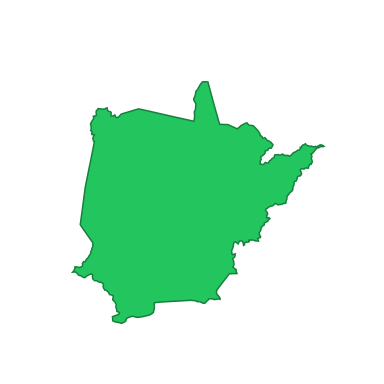 Quixeramobim, Ceará, Brazil (Mercator projection), rotated 70°
{"feature_id": "56859067B28846825855814", "entity_name": "Quixeramobim", "entity_type": "district", "adm_level": 2, "iso_a3": "BRA", "parent_name": "Brazil", "parent_adm1": "Ceará", "projection": "mercator", "projection_center": [-39.308, -5.193], "detail": "fine", "context": "isolated", "style": "filled", "palette": "green", "viewbox_px": 384, "rotation_deg": 70, "n_neighbors": 0, "source": "geoboundaries", "source_scale": "gbopen_adm2", "svg_char_len": 6025}
<svg xmlns="http://www.w3.org/2000/svg" viewBox="0 0 384 384"><g transform="rotate(70 192 192)"><path d="M284.0,177.6L281.6,177.7L280.2,177.0L279.3,177.5L278.5,178.2L277.5,178.7L276.4,179.1L275.0,177.7L274.1,177.1L273.0,177.0L271.3,176.5L270.0,176.6L268.5,176.5L268.1,175.3L267.6,174.0L266.1,173.1L265.0,172.5L264.7,174.2L264.7,175.3L263.7,175.7L262.5,175.2L261.1,175.1L260.0,174.1L258.4,172.7L256.8,171.6L255.2,170.9L253.8,169.5L253.7,168.2L254.8,167.4L256.6,166.5L255.5,165.3L254.4,164.2L254.7,162.6L255.5,161.5L257.1,161.4L258.5,161.5L259.8,161.8L259.5,160.7L258.3,160.1L257.4,159.1L258.3,156.6L258.2,155.2L256.7,155.2L257.0,154.1L257.5,152.7L257.7,151.7L258.4,150.5L259.6,149.2L260.2,147.6L260.9,146.3L258.2,146.2L258.0,144.8L258.2,143.4L257.2,142.7L256.1,143.2L254.8,143.0L253.7,143.1L252.9,142.3L251.8,140.8L250.6,140.0L249.4,139.2L248.7,138.3L248.0,137.1L247.7,135.4L246.2,134.8L245.8,133.8L245.6,132.5L245.5,130.8L244.5,130.1L244.1,128.9L243.5,127.8L242.4,128.5L241.7,130.6L240.7,130.2L239.6,130.0L239.2,129.0L238.2,128.3L236.8,128.3L235.6,128.8L234.2,129.0L233.2,128.1L233.0,126.7L232.3,124.5L232.3,122.4L232.6,120.9L231.7,118.7L231.3,117.4L233.7,115.3L233.6,114.2L234.0,113.2L234.3,111.5L233.9,109.8L234.5,108.8L234.6,107.7L232.1,106.4L231.2,105.3L229.8,104.8L228.3,103.9L227.7,102.8L227.2,101.6L226.2,100.6L225.7,98.7L225.1,97.4L224.5,96.6L223.5,96.1L222.4,96.1L221.7,95.1L220.5,94.1L219.4,93.3L218.1,92.9L217.3,92.0L217.4,90.6L216.2,89.3L215.0,88.4L213.6,87.6L213.6,86.2L213.9,85.0L213.2,83.5L212.1,82.7L210.6,82.6L208.6,82.9L207.8,82.0L207.6,81.0L208.1,80.1L208.8,79.0L208.2,77.2L208.9,75.8L209.4,74.4L207.8,73.7L207.1,72.4L206.1,71.5L206.7,70.5L204.7,68.5L202.8,68.5L201.3,68.4L199.9,67.3L198.6,67.1L196.8,67.1L197.1,66.0L196.5,64.9L195.1,62.5L193.6,59.9L193.6,58.8L193.7,56.9L193.2,55.1L194.2,53.8L194.3,52.4L193.3,52.9L192.4,53.7L191.6,55.2L191.6,56.4L191.9,57.7L192.1,59.7L191.3,60.4L191.3,61.7L190.6,63.2L189.6,64.2L189.6,65.4L188.7,66.4L187.9,67.6L186.8,68.6L185.5,68.8L185.7,69.9L185.8,71.7L186.4,73.2L187.5,73.9L187.0,75.0L188.5,75.5L189.1,76.9L188.9,78.2L189.3,79.6L189.6,80.7L189.7,82.1L189.8,83.6L190.8,85.1L191.1,86.3L191.7,87.1L191.7,88.2L190.5,89.1L190.1,90.2L189.6,91.4L189.3,92.7L188.3,93.1L187.3,94.0L187.6,95.6L187.2,97.3L186.2,98.4L186.0,99.8L185.4,101.3L186.2,102.2L187.2,102.7L187.9,103.7L187.8,105.1L188.9,106.8L189.1,108.4L190.2,109.4L190.9,110.7L190.0,112.1L189.2,113.0L190.1,114.1L190.5,116.0L189.6,117.4L188.9,118.4L188.0,117.9L186.9,117.7L185.9,116.9L185.2,115.9L184.3,115.7L183.0,115.4L182.0,114.8L182.1,113.6L181.7,112.4L181.1,111.1L180.4,110.0L179.3,109.6L178.4,108.9L178.7,107.5L178.5,106.1L177.5,105.4L177.3,104.1L177.9,102.6L176.1,100.3L174.9,99.7L173.5,100.5L172.3,100.8L171.2,101.8L170.1,102.4L169.4,103.5L168.3,104.1L167.0,104.4L165.8,104.9L166.0,106.1L165.8,107.2L164.5,107.1L163.3,107.5L162.4,108.5L161.3,108.2L159.6,108.4L158.2,108.7L156.8,109.1L155.1,109.8L152.1,111.1L150.5,112.0L149.8,113.3L148.8,115.4L147.9,116.0L147.0,116.3L145.9,116.6L145.6,118.0L146.3,123.0L147.1,125.1L148.2,127.7L147.1,128.9L143.4,132.7L140.9,135.2L139.7,138.3L139.0,140.0L137.9,142.8L133.3,142.6L130.8,142.4L114.7,141.2L94.0,139.4L93.3,141.0L92.9,142.2L92.4,143.2L92.1,144.7L93.0,146.1L94.0,147.7L95.6,149.5L96.6,150.8L97.6,151.5L98.2,153.1L99.1,154.1L102.4,156.0L105.1,158.6L106.3,158.9L108.1,158.6L110.6,158.2L112.6,159.1L114.5,160.1L115.9,160.6L116.6,161.6L117.4,162.4L120.9,163.4L122.2,163.8L124.0,164.8L125.0,165.4L126.1,166.1L114.7,184.0L107.8,194.7L98.9,208.5L95.6,213.8L95.4,217.2L94.6,230.7L94.7,232.3L95.9,234.3L96.3,235.5L96.5,236.9L95.8,238.0L94.7,238.0L93.1,238.2L93.5,239.4L93.3,241.1L92.7,242.2L91.4,241.5L89.9,240.8L88.7,241.1L87.8,242.5L86.7,243.4L85.1,243.2L84.0,242.9L83.8,244.3L84.1,245.5L83.7,247.3L83.0,248.8L82.2,250.2L81.5,251.7L82.4,252.8L82.8,254.0L84.1,254.8L87.2,255.6L87.5,256.8L87.1,257.9L87.2,258.9L88.5,258.9L89.8,259.8L90.5,260.9L91.4,261.9L92.4,263.1L93.3,264.1L94.3,264.1L95.8,264.5L97.6,264.8L98.5,265.3L99.6,266.2L100.8,265.4L101.8,265.5L102.8,266.4L103.9,266.4L104.2,265.2L105.0,264.2L106.4,265.9L107.7,266.9L108.9,266.9L110.5,267.2L111.3,266.5L131.8,278.9L132.8,279.6L151.2,290.8L153.7,292.1L173.5,302.4L184.5,308.2L190.1,306.8L205.6,302.6L207.0,302.8L208.2,303.6L209.3,303.8L210.0,304.6L210.9,305.5L212.2,306.0L213.1,307.2L214.2,308.0L215.2,308.2L215.9,309.2L216.6,310.4L217.9,311.8L218.7,313.1L219.0,314.2L219.9,315.0L220.9,316.3L220.3,317.6L221.1,318.6L221.6,319.5L222.6,319.6L223.6,319.9L224.3,320.9L224.5,322.2L224.5,323.2L224.0,324.2L222.7,326.5L222.2,327.4L223.1,327.9L224.2,328.5L225.1,329.5L225.9,330.5L226.5,331.6L226.9,330.3L227.2,328.8L229.0,327.9L230.1,327.5L231.6,326.8L232.5,325.4L233.5,324.4L234.5,323.8L235.6,322.7L235.8,321.5L235.3,320.5L234.9,319.6L234.7,318.1L234.5,315.9L234.6,314.6L236.1,313.6L237.6,314.6L239.5,314.9L240.8,314.6L242.0,313.8L242.8,311.9L243.9,311.0L245.3,309.7L246.1,308.0L246.8,307.3L247.9,307.0L249.3,307.1L250.5,307.9L252.2,308.0L253.2,307.6L254.2,307.6L255.1,306.2L256.7,305.3L257.9,304.8L259.0,304.7L260.2,304.6L261.1,303.0L262.2,301.8L263.6,301.8L264.6,302.6L266.3,303.4L268.9,302.1L270.1,301.9L271.1,301.8L272.5,302.0L273.9,302.9L275.9,303.0L277.2,303.0L278.6,303.5L279.8,301.9L280.8,301.6L281.9,302.7L281.9,309.4L283.0,309.6L284.4,310.1L286.0,310.5L287.3,309.2L288.2,307.8L289.1,306.4L290.4,304.2L291.4,303.2L291.0,299.5L290.6,298.4L289.7,297.8L288.7,297.0L288.1,294.7L288.3,292.6L288.2,291.4L288.6,290.0L289.4,288.9L291.0,286.6L291.4,285.5L292.2,281.5L292.6,278.5L292.8,276.2L293.1,274.4L292.9,272.8L292.5,270.8L292.0,269.6L290.2,268.3L288.3,267.1L287.0,266.6L283.2,265.3L283.9,262.0L286.4,253.4L293.5,229.7L294.4,228.1L295.2,226.1L296.0,225.4L296.9,224.5L297.8,222.0L300.2,219.8L300.9,218.0L300.4,216.7L299.7,215.6L298.9,213.4L298.2,212.5L298.5,211.4L299.6,209.2L300.6,208.0L301.0,206.8L301.2,205.1L301.6,203.5L302.5,202.5L301.6,202.0L299.6,202.3L296.2,203.7L295.1,203.5L294.0,203.0L293.0,202.3L292.1,201.4L281.7,185.1L282.0,183.7L284.0,177.6Z" fill="#22c55e" stroke="#15803d" stroke-width="1.5"/></g></svg>